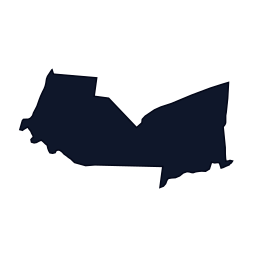 outline of Sepang, Selangor, Malaysia, rotated 96°
{"feature_id": "92858781B54424141725992", "entity_name": "Sepang", "entity_type": "district", "adm_level": 2, "iso_a3": "MYS", "parent_name": "Malaysia", "parent_adm1": "Selangor", "projection": "mercator", "projection_center": [101.701, 2.798], "detail": "fine", "context": "isolated", "style": "filled", "palette": "ink", "viewbox_px": 256, "rotation_deg": 96, "n_neighbors": 0, "source": "geoboundaries", "source_scale": "gbopen_adm2", "svg_char_len": 1657}
<svg xmlns="http://www.w3.org/2000/svg" viewBox="0 0 256 256"><g transform="rotate(96 128 128)"><path d="M183.8,90.0L182.1,86.7L179.4,84.8L176.0,83.9L173.9,82.7L173.0,79.3L172.4,75.7L170.2,71.7L166.9,68.4L166.1,66.7L165.2,64.8L165.2,62.4L165.6,60.2L165.6,58.6L164.5,56.2L164.1,54.8L163.5,52.3L163.1,50.2L162.9,46.3L160.2,42.8L153.3,41.4L153.4,40.0L153.6,38.1L153.0,35.5L153.0,33.6L154.4,32.8L158.1,31.2L157.2,29.1L155.8,26.8L154.0,23.5L152.6,22.7L152.3,22.0L150.6,20.9L149.9,20.6L149.8,21.7L149.6,23.2L150.4,24.8L150.8,27.1L148.3,27.8L146.0,28.2L143.5,28.6L137.3,29.3L116.9,33.5L114.7,32.1L113.3,31.6L112.1,31.5L105.4,32.2L101.9,32.0L99.9,32.0L97.3,32.0L95.3,32.0L93.0,32.0L90.7,32.0L88.1,32.0L72.2,32.8L74.7,38.8L79.7,50.2L88.6,68.0L99.2,87.4L103.7,97.5L107.2,103.5L114.4,112.1L117.9,114.7L121.4,114.7L126.7,119.5L100.4,150.4L100.0,165.0L81.4,164.4L82.2,205.2L82.2,207.7L80.7,208.5L78.0,209.6L78.2,209.8L77.9,209.7L85.0,213.4L87.7,214.1L92.2,214.3L95.1,214.7L98.0,215.5L101.1,216.7L105.6,218.2L109.3,219.2L112.7,220.0L116.0,220.8L119.3,222.1L122.8,223.5L125.7,224.1L128.5,226.0L129.8,228.2L130.0,230.3L130.4,232.9L131.8,233.8L140.9,235.4L141.3,232.6L140.6,232.1L138.6,229.4L137.4,227.8L139.4,226.2L141.3,224.3L143.5,223.1L145.4,221.7L147.2,221.2L148.4,222.5L149.7,223.3L152.1,222.5L152.6,219.8L151.9,217.5L150.5,215.5L149.1,213.0L150.3,211.0L152.3,208.5L153.6,206.5L156.4,205.6L158.9,204.4L160.8,203.0L161.0,200.3L160.1,197.9L158.1,197.2L157.1,195.4L157.3,193.3L158.7,190.9L160.6,188.8L162.0,186.2L163.4,184.1L164.7,181.6L166.3,179.6L167.9,177.5L169.8,166.2L168.1,157.1L162.6,89.4L183.8,90.0Z" fill="#0f172a" stroke="#020617" stroke-width="1.5"/></g></svg>